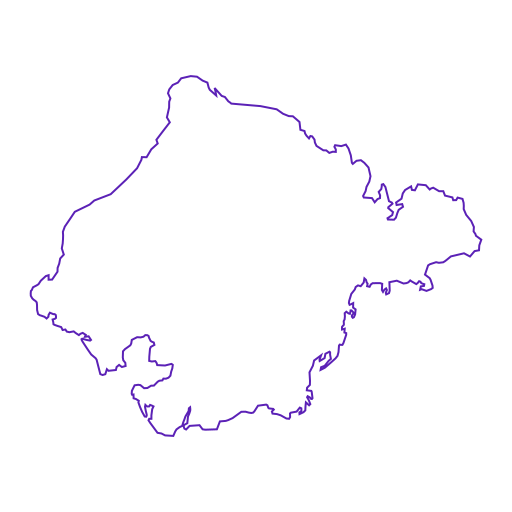 the district of Paata, Federated States of Micronesia
{"feature_id": "79324940B20321408060420", "entity_name": "Paata", "entity_type": "district", "adm_level": 2, "iso_a3": "FSM", "parent_name": "Federated States of Micronesia", "parent_adm1": "", "projection": "robinson", "projection_center": [151.585, 7.375], "detail": "fine", "context": "isolated", "style": "outline", "palette": "violet", "viewbox_px": 512, "rotation_deg": 0, "n_neighbors": 0, "source": "geoboundaries", "source_scale": "gbopen_adm2", "svg_char_len": 6033}
<svg xmlns="http://www.w3.org/2000/svg" viewBox="0 0 512 512"><path d="M457.6,197.6L456.2,200.1L453.2,200.2L452.4,197.4L445.0,195.6L443.3,191.2L439.1,191.2L433.2,187.7L431.0,188.5L429.7,189.5L425.8,185.2L417.9,184.4L414.9,190.3L411.9,189.9L411.1,186.4L405.1,190.0L402.8,193.4L401.5,198.7L396.1,202.5L396.6,205.0L402.2,204.1L403.0,206.8L398.7,209.8L397.4,212.9L395.9,217.7L394.0,219.7L387.9,219.5L387.5,218.2L392.2,215.1L393.0,212.1L388.2,208.1L388.3,207.2L392.5,203.7L391.9,202.6L389.0,201.2L385.4,187.0L383.3,184.1L381.8,184.6L381.7,186.6L381.3,189.0L378.7,191.9L380.1,195.3L380.0,198.1L377.5,199.1L374.7,202.3L372.0,198.1L363.8,197.5L363.1,196.0L365.6,191.1L366.5,186.9L369.3,181.6L370.5,176.2L368.5,167.5L364.3,162.8L360.9,160.2L356.5,160.8L352.8,163.9L351.9,162.8L350.8,155.3L348.5,148.5L345.9,144.6L341.3,146.1L335.1,145.2L334.4,146.8L335.8,149.4L335.8,151.9L332.8,151.7L329.3,152.9L326.3,150.4L323.3,150.3L316.5,145.9L314.9,142.5L314.5,139.6L312.2,136.4L310.4,136.0L309.0,138.4L306.5,135.7L305.1,133.5L304.5,131.0L300.4,129.8L299.5,122.0L292.9,116.3L288.8,116.1L283.1,113.8L276.7,109.3L260.4,106.1L231.3,103.6L230.3,102.7L228.3,101.3L224.9,97.0L221.7,95.9L214.6,88.0L215.5,91.4L216.2,95.5L209.8,89.8L208.7,87.6L207.4,82.6L202.6,80.6L197.0,76.7L190.7,76.1L181.2,78.3L177.9,82.6L172.7,85.0L169.4,89.2L169.0,90.1L168.0,93.3L170.4,98.4L169.2,101.7L169.1,107.6L166.9,117.4L169.8,122.3L163.0,131.1L156.4,139.8L157.7,143.5L151.3,149.3L146.6,157.2L141.9,157.1L141.4,159.8L137.1,168.2L126.3,179.5L110.7,194.2L94.3,200.5L89.6,204.6L74.8,211.8L70.0,219.0L64.8,226.6L62.9,231.8L63.1,235.3L63.0,239.2L62.7,243.5L61.8,248.4L63.8,254.6L60.2,258.5L59.2,263.7L57.6,267.9L57.5,271.7L52.1,279.6L48.6,279.7L48.6,275.2L45.8,276.1L40.8,280.7L38.5,284.2L36.8,285.3L33.0,287.3L31.8,290.0L30.9,291.0L30.7,293.5L30.8,295.8L32.2,298.3L33.6,299.7L35.5,301.0L36.7,302.3L37.0,304.7L37.1,310.1L38.1,314.1L39.8,315.2L41.4,315.7L44.5,316.8L46.6,318.5L48.4,316.7L48.6,314.9L49.9,312.7L53.2,314.1L54.6,314.1L55.7,314.9L56.0,316.2L56.0,317.9L54.9,318.8L52.6,319.5L53.2,321.8L53.5,324.3L54.6,324.9L57.4,325.9L61.2,327.1L62.6,330.0L65.4,329.5L66.8,331.6L69.4,332.2L73.7,331.4L75.8,333.1L78.9,335.1L80.4,333.8L82.7,332.9L85.8,334.9L84.9,336.8L88.6,336.3L91.0,339.9L90.1,340.6L86.4,339.9L82.2,338.7L81.5,339.2L81.8,340.3L82.8,342.0L87.8,349.6L91.2,354.5L95.6,358.2L96.6,359.7L100.3,374.1L102.6,375.0L105.3,374.2L106.9,369.2L108.5,370.8L115.9,370.0L116.6,367.0L119.1,364.9L120.5,366.0L121.9,367.0L125.6,366.0L125.3,362.8L123.3,360.3L122.8,357.5L123.0,351.3L125.0,349.1L127.7,347.2L130.3,345.3L131.2,343.6L131.8,339.9L137.1,337.2L140.7,337.4L143.5,336.7L145.3,335.1L147.4,335.2L148.6,336.0L149.0,337.6L150.6,340.9L152.0,341.8L153.8,342.5L154.4,344.9L150.8,346.9L150.0,348.8L149.3,356.7L149.2,360.9L151.8,361.5L155.3,361.1L156.0,362.0L156.7,363.2L157.2,365.1L165.0,365.5L171.4,363.9L172.1,364.3L172.8,364.9L172.3,368.4L171.2,371.6L170.4,375.7L168.5,377.7L165.9,378.7L163.4,378.6L162.4,380.4L159.4,380.7L157.7,381.7L153.9,385.6L151.1,385.7L147.4,388.0L144.1,388.2L140.4,385.1L138.2,384.8L134.6,385.3L131.9,390.8L131.7,393.8L132.2,394.8L133.5,394.5L133.6,398.3L135.9,399.0L138.8,400.8L138.4,402.4L140.0,406.9L142.1,411.8L144.7,416.5L146.2,416.7L146.7,415.7L146.7,414.6L145.7,410.5L145.0,406.8L145.4,404.9L146.8,406.3L147.7,406.5L149.2,406.4L150.1,404.9L151.9,405.6L153.5,406.4L152.2,409.2L151.4,415.3L151.4,418.8L149.2,418.8L148.5,420.3L150.2,422.9L157.5,432.8L161.5,433.5L165.1,435.4L173.3,435.9L175.2,431.5L176.5,429.4L179.5,427.2L182.2,425.9L183.2,422.5L184.4,419.4L185.4,416.5L188.6,411.1L188.9,408.3L190.1,407.3L190.3,409.2L190.2,410.7L189.2,413.8L188.0,416.5L187.3,423.2L184.0,425.0L183.7,426.5L184.4,428.6L186.1,429.5L189.6,425.9L199.5,425.2L202.6,429.3L205.2,429.7L216.9,429.3L219.9,421.4L225.8,420.9L228.2,420.1L232.6,418.1L241.3,411.8L245.5,411.7L248.8,412.6L251.3,413.0L253.2,412.6L254.4,411.3L258.0,405.7L266.2,404.6L267.4,405.3L268.3,407.8L269.0,408.4L273.2,408.9L273.8,409.6L271.9,411.5L272.5,413.6L277.0,414.1L280.7,415.3L286.4,418.5L289.1,418.8L290.1,417.1L290.0,413.5L290.8,412.7L296.6,411.6L299.8,407.6L301.3,408.3L301.4,410.0L301.3,411.2L299.4,412.4L299.5,414.1L303.5,412.2L305.3,410.4L305.5,406.3L305.9,402.4L309.1,405.3L310.3,404.1L308.8,400.2L307.1,397.2L307.7,396.2L309.8,397.4L311.1,398.9L311.9,399.0L312.5,398.2L311.7,391.8L311.3,390.9L306.8,390.3L307.1,387.7L309.9,384.9L310.0,380.8L309.5,372.3L312.9,365.7L314.1,360.5L321.1,355.3L319.5,359.8L319.7,361.0L324.6,358.1L325.4,353.8L329.5,351.7L330.1,352.3L330.1,354.8L330.9,358.9L328.6,360.9L324.7,365.8L321.1,367.2L320.6,369.9L324.9,367.7L331.5,362.0L335.5,358.4L337.5,355.9L338.5,352.1L339.0,345.6L339.7,344.6L341.1,344.9L342.4,344.9L343.4,343.1L346.2,334.8L346.2,333.1L344.4,332.5L344.7,328.7L342.0,329.5L342.0,327.0L342.7,326.0L343.6,325.2L343.9,324.3L343.7,321.2L344.6,319.4L344.9,316.4L344.7,313.2L346.3,311.7L348.5,313.4L349.9,313.8L350.4,311.9L350.6,310.4L351.5,310.4L352.6,311.5L353.8,313.1L351.9,315.4L351.9,316.7L352.8,317.8L353.9,317.2L355.1,314.5L355.6,309.4L353.1,307.6L353.2,303.1L350.7,304.4L349.6,304.8L348.9,303.0L349.2,300.8L351.3,293.9L354.8,289.5L355.7,287.0L358.0,285.4L360.7,286.2L363.7,282.5L364.4,278.4L366.0,279.9L366.7,282.5L367.6,283.6L367.1,286.2L369.6,286.8L370.8,284.5L372.6,283.2L380.0,283.1L382.2,283.8L381.9,290.0L383.0,291.9L384.4,289.6L386.1,288.4L386.9,290.0L385.8,292.8L386.2,294.4L389.0,293.1L389.7,290.7L389.4,282.2L396.8,280.7L403.5,283.5L406.5,283.1L408.4,282.3L410.2,280.4L411.6,281.4L416.3,284.1L417.7,283.0L419.1,281.2L420.5,281.7L420.9,282.7L422.3,283.6L424.3,284.2L424.0,285.9L420.8,286.4L420.1,289.8L421.7,289.2L426.5,290.9L431.1,289.1L432.7,287.9L432.5,285.6L430.6,279.9L429.7,278.2L425.0,274.6L428.1,265.4L430.0,264.2L436.1,262.2L438.9,262.8L443.2,262.3L445.1,261.1L446.9,259.7L450.9,256.4L464.0,253.3L470.0,256.5L474.6,251.1L479.0,250.3L479.3,245.3L481.3,239.7L476.0,235.8L475.4,234.0L473.6,231.4L473.9,227.0L471.2,221.0L466.2,214.9L463.7,209.1L463.8,205.9L463.6,202.8L462.5,198.9L457.6,197.6Z" fill="none" stroke="#5b21b6" stroke-width="2"/></svg>